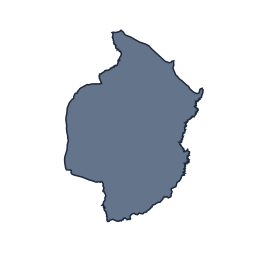 the district of Nong Bua Daeng, Chaiyaphum, Thailand, rotated 225°
{"feature_id": "78962969B31038405940383", "entity_name": "Nong Bua Daeng", "entity_type": "district", "adm_level": 2, "iso_a3": "THA", "parent_name": "Thailand", "parent_adm1": "Chaiyaphum", "projection": "robinson", "projection_center": [101.608, 16.203], "detail": "fine", "context": "isolated", "style": "filled", "palette": "slate", "viewbox_px": 256, "rotation_deg": 225, "n_neighbors": 0, "source": "geoboundaries", "source_scale": "gbopen_adm2", "svg_char_len": 5671}
<svg xmlns="http://www.w3.org/2000/svg" viewBox="0 0 256 256"><g transform="rotate(225 128 128)"><path d="M148.9,201.4L168.1,200.6L171.4,200.9L175.0,199.7L180.9,196.8L190.4,194.2L195.6,191.9L197.3,191.9L198.8,192.5L202.1,192.2L202.2,190.4L202.8,189.1L204.2,186.9L206.3,185.1L206.8,184.2L205.4,184.1L203.9,182.6L203.8,181.9L203.0,181.0L202.6,181.1L202.5,180.8L201.5,180.5L200.2,179.4L199.3,179.4L198.5,178.7L198.4,178.2L198.1,178.2L197.7,177.7L196.8,177.5L196.3,178.0L195.5,177.9L195.0,177.3L194.7,177.5L194.6,177.0L194.1,177.0L193.7,176.3L192.9,175.9L191.4,176.2L191.3,176.5L191.1,176.2L191.1,176.4L190.2,176.1L189.7,176.6L189.3,176.4L189.0,177.0L189.1,176.5L188.3,176.2L187.9,176.3L187.9,176.6L187.4,176.5L187.2,176.9L186.3,176.2L185.5,176.1L184.7,175.4L184.5,174.5L184.0,174.0L183.8,172.5L183.0,170.2L181.6,170.1L181.7,169.4L182.8,168.7L181.4,167.4L180.2,165.0L180.2,164.0L181.2,163.4L181.0,163.1L181.3,162.7L181.2,162.1L181.5,162.3L181.7,161.8L180.9,161.3L181.2,160.7L181.6,160.7L181.9,160.1L181.7,159.2L181.9,159.0L182.1,159.1L182.1,158.1L182.4,158.0L182.3,157.7L182.5,157.6L182.1,157.0L182.5,156.4L182.9,154.5L183.9,153.9L184.9,152.0L184.5,151.5L185.3,148.6L185.1,147.5L186.2,146.1L185.7,145.8L185.3,144.3L184.4,144.2L183.8,143.1L178.1,140.8L179.0,139.9L179.6,138.6L180.9,137.5L184.6,133.7L186.2,131.0L187.6,129.8L189.6,123.2L189.8,121.7L189.4,117.8L188.6,117.0L189.6,115.5L189.7,114.6L188.7,112.2L187.5,110.5L187.4,110.0L187.7,108.8L187.3,104.3L184.9,98.9L182.2,95.9L179.1,91.4L177.5,89.7L172.8,86.1L171.2,84.2L168.2,81.8L165.0,79.8L163.9,78.6L161.3,76.9L158.8,72.8L158.1,72.3L155.5,69.1L152.6,63.5L150.9,61.2L148.4,58.9L143.7,55.5L141.9,54.9L139.8,56.9L138.1,57.9L136.9,56.3L136.0,55.9L135.2,55.8L133.3,56.4L125.7,60.9L118.6,63.9L116.1,65.4L112.8,66.9L111.6,67.8L111.1,68.8L110.3,69.6L109.3,70.0L109.2,71.2L108.8,71.5L106.3,71.2L105.7,70.8L105.0,69.4L104.1,69.3L102.3,68.3L101.2,65.7L100.8,65.5L100.1,66.3L99.3,65.6L98.1,65.5L95.7,64.4L94.9,62.2L93.6,61.2L93.1,60.0L93.0,58.5L92.3,57.2L91.5,56.8L91.3,56.2L91.8,55.7L91.7,54.9L91.3,55.2L91.4,55.7L90.6,55.5L90.2,55.7L89.3,54.9L89.1,55.2L89.0,54.5L88.5,54.4L88.1,54.7L88.2,55.3L87.8,55.3L87.6,53.7L86.3,53.1L84.7,53.0L84.1,53.2L83.5,52.3L82.9,52.3L82.6,51.9L81.8,51.7L80.8,50.5L80.4,50.7L77.5,47.8L76.3,47.5L75.6,48.3L75.4,49.0L75.8,49.5L74.1,52.8L70.5,54.0L68.5,55.6L68.5,56.7L68.2,57.2L67.1,57.4L67.1,59.2L66.5,59.7L67.3,60.9L66.6,61.5L66.6,62.2L65.4,62.3L64.8,62.7L63.8,62.5L63.4,63.0L63.4,63.9L62.1,64.5L61.9,64.8L62.1,65.7L62.9,66.0L64.2,67.1L64.5,68.2L64.3,70.4L63.3,72.0L61.6,72.3L60.0,73.4L59.8,74.1L60.0,75.2L59.7,75.9L57.4,77.2L56.7,78.3L56.9,79.5L55.5,81.8L55.9,83.1L55.5,84.7L55.2,87.4L55.8,88.0L55.2,89.5L55.9,90.1L56.0,91.0L54.8,93.4L54.9,94.5L54.5,95.2L54.4,96.3L53.3,97.6L52.8,98.7L53.2,100.9L52.9,101.7L53.7,103.2L53.4,104.4L53.9,105.1L53.0,105.4L52.3,106.5L51.9,106.5L51.5,107.1L50.1,107.0L49.2,109.4L49.6,110.7L50.9,111.8L51.1,112.9L51.9,114.2L53.8,114.9L54.4,115.6L54.4,116.4L53.7,117.6L53.6,118.5L52.6,120.2L54.9,124.3L54.2,126.8L54.9,129.9L55.2,130.1L55.5,131.1L56.2,132.2L56.2,132.8L55.1,134.0L55.8,134.0L55.6,134.9L55.9,135.2L55.6,135.6L56.0,135.9L56.5,135.7L56.2,136.0L56.8,135.9L56.8,136.3L57.5,135.5L57.8,136.1L57.2,136.8L57.4,138.1L57.9,138.3L58.0,138.7L58.1,138.2L58.4,138.3L58.6,139.1L59.3,138.8L59.2,139.6L59.6,139.4L59.5,140.1L59.8,140.2L60.2,141.2L60.6,141.0L60.9,141.3L61.1,142.2L61.6,142.1L61.7,142.7L62.4,142.7L62.5,143.1L63.1,143.0L62.8,143.4L62.0,143.4L62.1,143.9L61.6,144.1L62.0,144.3L61.5,144.8L61.7,145.1L61.4,145.0L61.1,145.4L61.7,145.7L61.8,146.4L60.9,146.5L60.8,146.9L61.6,146.8L61.2,147.1L61.3,147.5L61.8,147.4L62.1,147.7L62.1,148.1L62.5,148.0L62.5,148.6L62.9,148.3L63.4,148.6L63.9,148.1L64.0,148.5L64.8,147.7L64.6,148.0L64.7,149.2L65.6,149.2L65.6,149.8L66.2,150.2L65.5,150.9L65.9,151.4L65.4,152.1L66.6,152.4L66.8,152.9L66.7,153.5L67.5,154.6L69.2,154.0L70.7,155.0L70.6,152.7L71.1,152.0L71.1,151.4L71.7,150.8L71.9,150.8L72.2,151.9L72.7,152.1L73.6,151.7L73.8,152.6L74.9,152.2L74.9,152.6L76.1,152.8L77.7,152.8L78.9,153.4L79.1,152.9L79.5,152.8L80.7,154.1L80.9,153.8L81.5,153.9L80.9,154.2L80.8,155.1L80.3,155.3L80.4,155.8L81.1,155.8L80.8,156.1L81.2,156.1L81.5,157.0L81.8,156.8L81.3,157.4L81.4,158.0L81.8,158.1L81.4,158.3L81.8,158.8L82.0,158.6L82.8,160.7L82.9,160.4L83.9,160.7L84.0,161.5L85.1,162.7L84.8,163.3L85.1,163.4L84.9,163.8L85.3,163.9L84.7,164.8L85.4,165.3L85.6,166.5L86.0,166.6L86.2,167.5L86.7,167.0L88.7,168.8L88.0,169.6L88.2,170.6L89.0,170.4L88.8,171.1L89.7,171.2L90.2,171.7L90.0,172.2L90.3,172.5L91.3,172.0L90.8,173.2L91.2,173.6L90.2,174.2L90.6,175.2L91.5,175.7L90.9,176.6L90.8,177.7L90.3,178.5L90.8,179.2L90.4,180.0L90.8,180.4L90.8,180.9L90.3,180.4L90.3,182.0L89.2,182.5L89.7,184.7L90.1,185.3L90.1,185.8L89.8,185.8L89.9,186.3L90.6,186.2L90.7,187.0L91.3,187.1L91.1,188.1L90.4,188.6L91.1,189.1L91.4,189.9L91.1,189.9L91.1,190.3L91.7,190.3L91.8,190.8L92.2,190.7L92.6,191.0L93.3,190.1L93.7,190.6L94.9,190.6L95.9,190.0L96.4,190.3L96.1,191.3L95.5,191.9L95.6,192.3L95.8,192.4L96.4,192.1L97.3,192.8L96.8,193.0L96.8,193.4L97.6,194.1L98.3,194.1L98.4,194.7L98.9,194.8L97.9,195.5L98.3,196.0L97.7,196.4L98.0,196.7L97.7,197.0L98.3,197.9L98.0,198.3L98.3,198.9L97.8,198.8L98.0,199.2L97.7,199.4L98.2,199.6L98.0,200.0L98.2,200.7L97.8,201.0L97.8,201.8L98.4,202.3L98.7,203.2L99.2,203.6L99.8,205.5L101.8,208.0L103.0,208.0L103.7,208.5L104.4,206.8L104.4,206.1L102.6,203.1L102.7,202.5L103.6,201.2L104.3,200.7L106.1,199.9L107.4,199.7L111.9,199.4L114.7,200.2L117.0,199.8L123.5,199.5L126.3,199.0L129.8,199.4L131.5,199.2L138.2,201.8L139.4,203.3L139.9,204.7L142.6,207.0L143.1,207.8L144.2,206.3L144.0,204.9L144.9,203.4L148.9,201.4Z" fill="#64748b" stroke="#1e293b" stroke-width="1.5"/></g></svg>